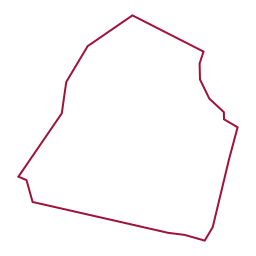 outline of Candler, Georgia, United States of America
{"feature_id": "52423323B29086368153286", "entity_name": "Candler", "entity_type": "district", "adm_level": 2, "iso_a3": "USA", "parent_name": "United States of America", "parent_adm1": "Georgia", "projection": "mercator", "projection_center": [-82.052, 32.414], "detail": "fine", "context": "isolated", "style": "outline", "palette": "rose", "viewbox_px": 256, "rotation_deg": 0, "n_neighbors": 0, "source": "geoboundaries", "source_scale": "gbopen_adm2", "svg_char_len": 374}
<svg xmlns="http://www.w3.org/2000/svg" viewBox="0 0 256 256"><path d="M164.8,31.9L132.4,15.4L87.7,46.1L66.3,81.9L64.7,92.7L61.8,113.3L18.4,176.7L26.5,180.1L32.6,202.0L168.0,232.8L184.6,234.9L204.7,240.6L212.7,227.2L229.0,159.4L237.6,127.3L224.0,119.3L223.9,112.2L209.3,98.6L200.0,79.5L199.6,63.6L203.5,51.6L164.8,31.9Z" fill="none" stroke="#9f1239" stroke-width="2"/></svg>